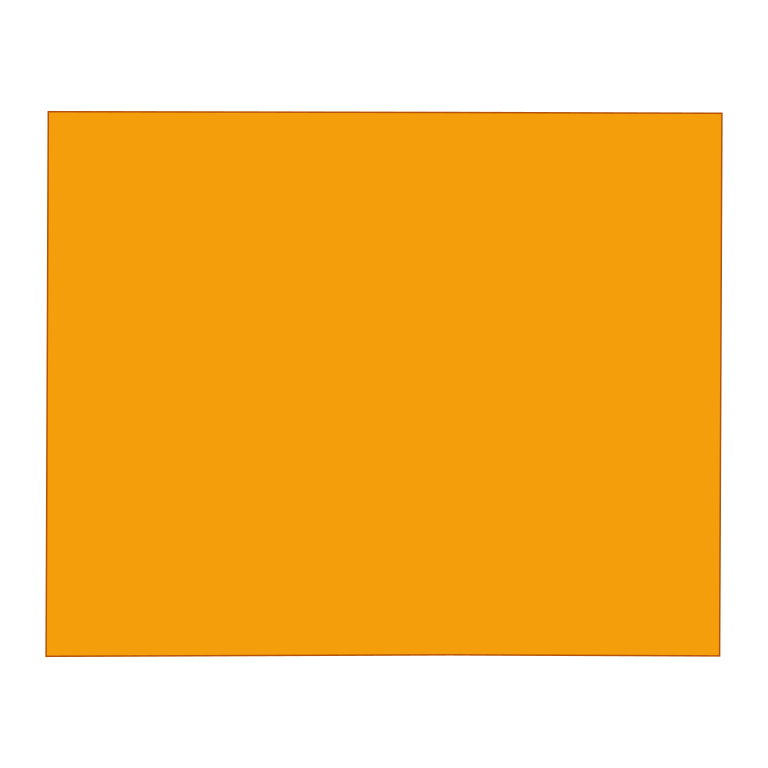 outline of Crawford, Iowa, United States of America
{"feature_id": "52423323B13342583421371", "entity_name": "Crawford", "entity_type": "district", "adm_level": 2, "iso_a3": "USA", "parent_name": "United States of America", "parent_adm1": "Iowa", "projection": "mercator", "projection_center": [-95.353, 42.037], "detail": "fine", "context": "isolated", "style": "filled", "palette": "amber", "viewbox_px": 768, "rotation_deg": 0, "n_neighbors": 0, "source": "geoboundaries", "source_scale": "gbopen_adm2", "svg_char_len": 226}
<svg xmlns="http://www.w3.org/2000/svg" viewBox="0 0 768 768"><path d="M721.9,113.3L451.7,112.5L48.3,111.7L46.1,656.3L180.2,655.8L450.2,654.8L719.6,655.9L721.9,113.3Z" fill="#f59e0b" stroke="#b45309" stroke-width="1.5"/></svg>